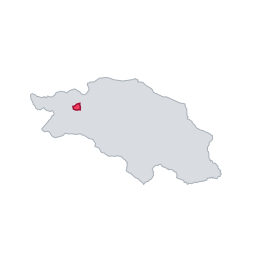 Uulbayan, Sühbaatar, Mongolia shown in context, rotated 197°
{"feature_id": "93677404B28478416756495", "entity_name": "Uulbayan", "entity_type": "district", "adm_level": 2, "iso_a3": "MNG", "parent_name": "Mongolia", "parent_adm1": "Sühbaatar", "projection": "mercator", "projection_center": [112.341, 46.503], "detail": "fine", "context": "in_parent", "style": "filled", "palette": "rose", "viewbox_px": 256, "rotation_deg": 197, "n_neighbors": 0, "source": "geoboundaries", "source_scale": "gbopen_adm2", "svg_char_len": 3934}
<svg xmlns="http://www.w3.org/2000/svg" viewBox="0 0 256 256"><g transform="rotate(197 128 128)"><path d="M25.8,108.4L26.5,108.4L27.7,107.5L27.8,106.3L28.2,105.6L31.0,105.2L32.3,105.6L32.5,104.8L32.7,104.7L33.4,105.4L34.0,105.1L34.5,104.8L34.9,103.8L35.9,104.0L37.5,103.0L37.4,101.1L38.1,100.7L39.6,100.3L39.8,99.5L40.1,99.2L41.2,99.0L43.0,98.0L43.9,97.9L44.6,97.1L46.2,96.0L48.8,95.5L49.0,94.9L51.2,93.2L53.7,93.1L54.4,91.6L54.8,91.5L56.5,93.3L57.2,93.0L57.5,92.4L58.5,92.4L58.9,93.6L59.5,94.1L66.9,94.6L67.1,95.0L67.5,97.9L68.9,99.3L69.2,99.9L71.2,99.7L72.4,100.8L74.1,100.7L75.0,101.0L76.7,100.0L77.1,100.0L77.6,100.6L78.5,100.2L80.1,101.1L81.3,101.0L81.9,101.4L82.6,101.0L84.3,101.3L85.8,102.8L86.7,102.7L87.9,101.7L88.2,101.0L89.9,100.7L90.8,100.0L91.5,99.4L92.4,97.1L92.6,94.8L91.7,94.5L91.0,93.7L90.6,92.4L90.5,91.6L89.7,90.3L89.8,89.6L90.3,88.4L90.5,86.6L91.1,85.5L92.2,85.0L92.3,84.2L93.1,82.8L94.9,81.9L95.9,80.3L96.5,78.6L97.4,79.5L99.8,80.6L101.8,81.2L103.1,82.4L106.6,82.7L112.4,85.5L113.6,85.3L117.1,86.5L117.4,86.9L117.3,89.0L117.6,89.6L117.7,91.8L118.4,93.0L118.2,94.3L118.5,94.7L119.4,94.9L120.7,96.3L123.8,97.3L124.7,98.2L126.8,98.8L127.9,98.4L129.6,98.6L130.3,98.5L131.4,97.4L132.1,97.1L136.1,96.3L137.2,95.6L138.0,95.4L141.1,96.1L143.3,97.1L146.5,97.0L147.9,98.2L148.6,99.3L149.8,100.3L154.2,100.7L154.4,100.9L154.3,103.2L154.5,103.6L157.3,106.1L158.6,106.8L162.6,106.7L168.7,108.3L170.2,107.8L171.5,108.6L172.0,108.6L176.0,106.5L176.6,106.6L180.8,105.8L183.4,104.8L185.4,104.9L187.0,104.0L187.7,102.2L190.3,100.1L194.9,97.4L197.8,97.8L199.4,98.8L201.2,100.7L202.1,101.2L204.0,101.3L206.7,100.0L208.0,100.4L209.3,100.9L210.2,101.9L206.0,111.5L206.0,112.1L204.6,114.1L204.4,117.3L202.8,118.4L203.0,120.2L203.3,120.8L205.1,122.6L205.8,122.4L206.3,121.6L207.3,121.0L209.1,121.2L210.7,120.9L212.6,121.5L214.4,122.9L217.1,119.7L219.5,119.4L221.8,119.8L223.4,121.9L225.5,122.9L226.0,124.1L226.8,124.6L227.0,125.2L229.5,127.7L230.0,129.3L230.7,130.4L230.7,131.6L230.5,132.1L229.5,132.8L226.0,132.5L224.0,131.3L223.2,132.0L220.5,131.7L219.0,132.2L218.0,132.6L217.4,133.4L216.9,133.6L216.5,133.5L215.7,132.9L215.0,132.9L214.8,133.1L214.3,135.0L212.0,135.0L211.3,134.8L209.4,135.7L209.1,136.4L208.1,137.5L207.2,139.4L207.3,140.2L207.1,140.8L205.4,141.8L203.8,143.3L200.4,143.9L198.9,144.0L197.7,143.7L196.6,143.9L195.7,145.6L193.5,147.7L190.4,149.8L184.8,148.5L184.1,148.2L182.9,147.0L179.6,146.9L178.7,147.8L177.8,149.0L176.4,153.2L177.7,155.5L179.2,157.0L179.8,158.1L179.8,159.0L178.8,159.4L177.4,160.9L173.9,162.2L170.0,167.2L163.3,170.1L159.1,170.3L155.8,170.0L146.8,171.4L141.1,174.0L136.8,176.1L135.9,177.2L135.4,177.4L134.6,177.0L132.3,176.8L132.3,175.0L127.3,176.0L123.2,173.9L117.4,172.5L116.2,172.0L114.2,169.6L113.1,169.3L110.6,169.1L103.5,168.0L100.2,169.0L85.7,167.1L80.5,167.7L80.3,167.4L80.0,165.9L77.5,163.4L77.1,162.8L77.0,161.9L75.0,156.8L73.7,156.1L73.9,154.0L72.0,154.1L69.8,153.3L67.6,151.8L66.5,150.7L65.0,150.4L63.1,148.4L62.2,148.0L57.5,147.2L55.2,147.4L52.7,146.9L49.8,146.8L48.9,146.3L48.1,146.4L46.4,145.5L45.3,145.7L43.9,142.7L44.3,140.8L44.8,139.7L46.1,138.0L46.1,137.4L45.5,135.9L46.3,133.1L46.0,131.4L45.3,129.5L44.3,129.0L42.9,126.4L42.4,124.3L41.8,122.9L40.4,122.1L39.9,120.8L39.5,120.7L39.2,121.1L38.3,121.3L37.4,120.5L36.9,119.6L36.4,119.4L35.4,119.4L34.6,119.8L33.6,119.6L32.8,118.8L30.6,117.5L30.6,116.6L30.3,115.9L29.6,115.8L28.9,115.1L26.8,114.3L26.8,113.8L27.3,112.8L25.9,112.0L25.3,111.1L26.1,110.0L25.8,109.2L25.8,108.4Z" fill="#d9dde1" stroke="#a8b0b8" stroke-width="1"/><path d="M183.0,136.5L184.1,135.7L184.4,135.1L184.5,134.9L184.8,134.2L186.0,132.9L187.0,132.5L186.2,131.3L185.8,130.2L184.4,130.1L183.3,129.9L182.7,130.3L182.2,130.3L181.9,130.4L181.4,130.4L181.2,130.6L180.7,131.1L179.0,131.4L179.2,131.9L179.4,132.8L179.6,134.0L179.9,134.3L180.1,134.8L180.4,135.3L181.0,136.1L181.3,137.5L182.8,136.6L183.0,136.5Z" fill="#f43f5e" stroke="#9f1239" stroke-width="1.5"/></g></svg>